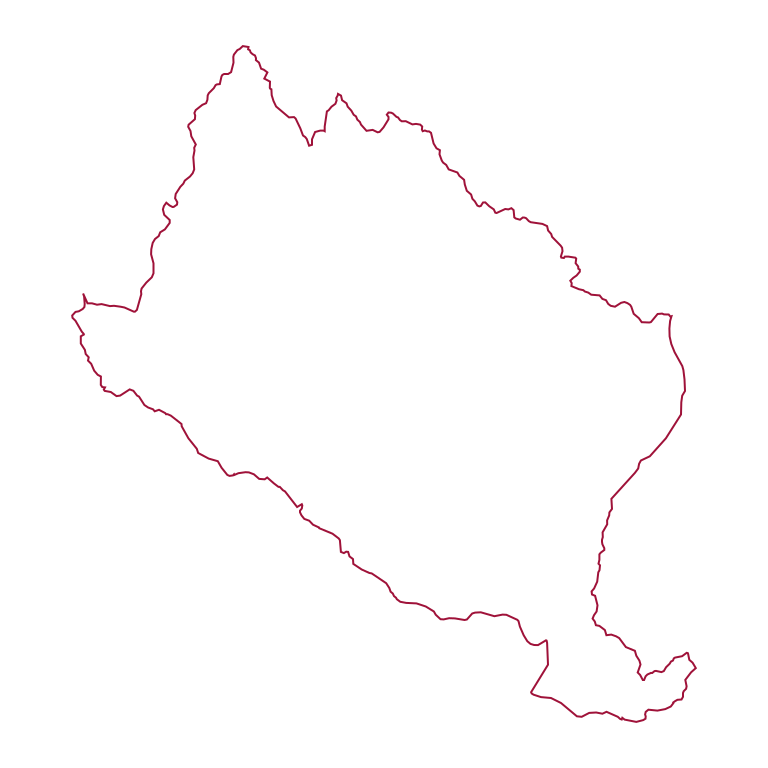 Kuantan Singingi, Riau, Indonesia
{"feature_id": "22746128B8182037452639", "entity_name": "Kuantan Singingi", "entity_type": "district", "adm_level": 2, "iso_a3": "IDN", "parent_name": "Indonesia", "parent_adm1": "Riau", "projection": "albers", "projection_center": [101.542, -0.494], "detail": "fine", "context": "isolated", "style": "outline", "palette": "rose", "viewbox_px": 768, "rotation_deg": 0, "n_neighbors": 0, "source": "geoboundaries", "source_scale": "gbopen_adm2", "svg_char_len": 6062}
<svg xmlns="http://www.w3.org/2000/svg" viewBox="0 0 768 768"><path d="M624.6,719.6L636.3,721.9L643.2,720.1L645.5,718.7L645.7,716.3L645.1,714.5L645.7,711.9L648.4,709.7L657.4,710.6L665.3,709.1L670.8,706.5L673.4,703.1L673.2,702.5L675.0,701.2L677.4,699.8L681.5,699.5L683.0,696.8L683.0,693.0L683.7,691.2L686.1,688.8L686.6,686.3L685.3,679.9L691.1,672.3L695.8,668.1L692.6,662.7L689.3,659.8L688.1,653.9L687.8,653.1L686.7,652.8L682.1,656.2L675.0,657.6L673.8,658.4L673.0,660.5L670.9,661.6L669.7,663.7L666.1,667.2L663.8,671.1L661.4,672.1L656.0,670.9L654.5,671.1L652.2,673.0L651.0,672.9L647.4,674.5L645.6,676.3L644.1,680.0L642.8,680.0L640.1,674.9L637.7,672.5L640.5,664.5L639.4,660.6L636.3,655.7L634.9,650.8L625.9,647.1L619.2,638.1L616.1,636.3L611.3,634.6L606.4,635.2L604.9,630.1L599.4,625.9L595.9,625.2L594.8,621.5L592.6,618.6L594.0,615.2L596.6,611.5L597.5,605.3L595.1,595.8L592.0,594.5L591.6,591.4L594.1,588.5L597.2,581.7L598.3,572.3L599.5,570.2L600.0,565.3L598.5,563.7L599.4,559.9L599.4,554.3L600.8,552.6L604.3,550.0L604.3,548.2L602.4,544.3L602.0,541.9L602.0,539.8L602.8,537.1L602.6,532.3L607.2,524.3L607.1,520.4L609.2,515.4L609.4,512.4L612.0,508.9L611.4,498.8L634.9,472.9L638.2,468.5L639.1,463.8L640.9,460.5L649.8,456.3L665.9,438.3L681.0,414.5L681.3,402.3L682.2,395.7L685.0,391.0L684.5,379.3L683.4,370.1L682.3,366.1L674.6,352.2L671.3,344.0L669.6,336.4L669.4,328.5L670.1,321.0L671.5,316.2L670.3,316.5L668.7,314.5L664.0,314.4L662.1,313.6L657.6,314.0L650.9,322.1L649.3,322.5L641.7,322.2L638.9,318.2L633.7,313.8L631.3,306.7L630.1,304.9L627.4,303.1L624.4,302.0L621.1,302.8L615.0,306.7L610.7,305.8L608.2,303.9L606.0,300.2L602.4,298.9L599.6,295.4L591.2,294.7L588.3,292.6L584.8,291.5L583.4,290.2L578.9,289.2L571.4,286.1L571.7,283.1L570.3,280.7L573.3,277.8L576.6,275.5L579.8,271.7L579.8,269.6L578.3,268.7L578.2,266.5L575.6,263.2L576.2,258.6L575.4,257.7L568.4,256.6L564.8,256.6L563.9,258.0L561.3,257.6L560.9,256.5L562.5,251.2L562.1,247.7L560.7,245.7L552.1,236.9L551.2,234.0L548.1,230.5L547.1,226.1L542.4,223.9L530.7,222.2L528.8,221.1L526.1,218.2L524.6,217.6L522.8,217.5L520.0,219.7L515.7,218.5L514.3,217.4L513.6,210.1L511.4,208.2L508.4,209.4L505.2,209.0L496.6,213.0L495.3,212.7L493.8,209.4L489.2,206.2L485.3,202.4L483.0,202.5L480.8,206.0L479.3,206.4L477.4,205.6L474.8,201.3L472.4,198.8L471.1,194.5L466.8,190.8L464.8,184.5L464.1,179.8L459.4,175.9L457.4,172.5L448.7,169.4L446.2,164.9L443.1,162.6L441.8,160.6L439.5,154.3L439.9,150.2L436.5,148.3L433.6,143.5L431.0,132.8L429.0,131.4L427.2,131.4L424.9,130.5L422.7,131.2L421.9,129.6L422.2,126.5L420.2,124.6L416.0,123.9L412.4,124.4L405.8,121.2L401.8,121.3L400.0,120.1L398.0,117.4L396.5,116.9L392.9,113.5L391.2,112.7L388.5,112.5L386.8,114.7L388.5,116.9L388.5,119.3L383.5,127.4L379.6,131.9L377.6,132.3L372.7,129.9L366.5,130.8L361.0,124.6L359.9,122.0L357.3,119.6L356.0,116.4L353.7,114.8L351.3,110.6L347.7,106.7L346.5,103.3L342.1,100.2L341.0,95.6L338.0,93.9L337.7,95.5L336.2,98.1L336.6,100.5L335.4,103.8L331.5,106.7L328.6,110.3L326.9,111.4L324.7,126.5L324.7,131.2L323.5,130.6L320.2,130.6L315.1,132.0L312.0,139.3L312.0,144.8L309.1,145.7L306.8,139.1L305.3,137.1L303.0,135.5L300.3,128.3L295.6,118.5L294.0,117.1L289.0,117.4L276.1,106.5L273.5,101.0L271.7,95.2L271.4,89.3L270.1,88.6L269.8,87.8L270.0,81.6L264.3,78.6L267.4,72.4L263.8,69.7L261.1,68.7L259.0,62.6L255.9,60.1L256.0,58.2L255.0,55.5L252.6,54.2L250.6,52.4L249.9,50.3L248.1,49.3L248.5,47.0L242.8,46.1L239.7,49.0L237.4,50.1L233.9,54.6L233.3,56.9L233.5,62.7L231.1,72.1L228.1,74.0L224.1,74.0L222.4,74.9L221.5,76.4L219.8,84.1L216.9,84.4L215.6,85.1L213.8,88.2L208.8,93.2L207.7,95.4L207.4,99.8L206.1,103.2L202.4,104.8L195.7,110.1L194.4,113.0L195.2,115.6L194.9,119.2L188.6,124.7L188.2,126.8L190.5,131.0L191.3,136.3L195.8,144.5L194.2,147.8L194.5,150.5L193.3,157.2L194.2,169.4L192.7,173.2L190.0,176.5L184.8,180.6L183.3,183.7L180.4,186.7L175.7,194.0L175.1,198.3L177.3,202.2L177.0,204.6L173.7,206.9L172.5,207.0L169.5,205.4L166.3,202.7L163.9,206.1L162.9,209.4L164.2,214.8L169.7,220.0L169.7,222.9L164.9,229.4L160.2,232.3L158.7,236.1L155.0,239.0L152.7,242.9L151.3,249.2L151.1,254.3L153.5,263.3L153.5,273.3L151.8,277.3L146.3,282.6L141.6,288.5L141.0,291.2L141.3,294.2L136.9,309.9L134.9,311.7L133.9,311.7L124.5,307.5L120.5,306.7L114.0,305.8L110.0,306.1L101.6,304.1L97.0,304.7L91.9,303.3L87.5,303.3L83.1,293.5L84.1,296.5L84.7,304.0L84.4,307.0L82.7,309.0L78.8,311.3L75.5,311.9L72.2,315.5L72.5,317.8L75.5,320.8L81.8,331.7L84.1,334.3L84.6,334.1L80.8,336.3L80.8,343.5L84.9,349.9L85.7,354.0L88.7,357.3L88.0,360.6L91.2,363.8L94.2,370.7L97.7,374.8L100.9,376.5L100.8,384.9L102.3,387.1L105.0,387.4L103.8,389.6L104.7,390.9L110.8,392.0L116.5,396.1L120.1,395.6L129.7,389.4L133.4,390.8L137.1,395.6L139.0,396.6L144.4,405.0L148.1,407.5L153.0,409.3L154.7,411.3L159.0,409.8L165.4,413.2L166.0,414.2L167.6,414.2L170.8,415.6L181.5,424.0L181.7,426.3L188.4,438.3L196.8,448.8L198.2,453.0L208.7,458.6L217.8,461.2L221.6,467.8L227.3,474.9L229.5,475.9L233.1,475.4L234.1,474.2L234.5,474.9L238.4,473.2L245.5,472.2L248.9,472.4L253.9,474.3L259.2,478.9L264.7,479.3L267.2,477.5L273.8,483.3L278.5,486.9L279.8,486.9L282.9,490.2L285.0,491.4L297.1,507.0L301.8,504.2L302.3,505.4L301.8,508.5L300.0,510.7L300.0,512.3L301.5,515.4L304.3,518.9L309.2,520.7L313.0,524.7L319.0,527.5L319.2,528.2L332.5,533.7L338.8,538.5L339.9,540.2L340.9,551.9L343.9,553.1L346.2,551.7L348.1,551.9L349.5,556.4L353.0,559.1L353.3,563.9L361.7,569.5L369.4,573.0L371.7,573.4L386.2,583.2L389.3,588.0L390.6,591.7L392.8,593.5L394.0,596.1L396.0,597.7L396.8,599.2L400.3,601.8L406.2,602.9L416.5,603.4L425.8,606.5L433.9,611.5L435.7,614.7L440.5,619.2L443.7,619.4L449.1,618.2L454.9,618.4L464.6,620.0L466.9,619.5L472.2,613.5L475.1,612.6L480.8,612.3L494.4,616.2L502.6,614.6L506.4,614.8L517.3,619.8L518.5,621.1L519.9,626.6L523.7,635.3L527.3,641.2L530.5,643.9L534.1,645.0L538.0,645.1L546.0,640.3L546.6,640.6L547.1,642.8L548.0,664.7L531.1,692.2L531.7,693.5L533.6,694.7L541.0,697.1L551.0,698.0L561.0,703.0L576.9,716.3L581.7,716.8L589.2,712.9L596.2,712.5L602.4,713.7L606.5,711.8L617.8,716.8L620.1,718.9L621.7,719.5L622.3,717.8L624.6,719.6Z" fill="none" stroke="#9f1239" stroke-width="2"/></svg>